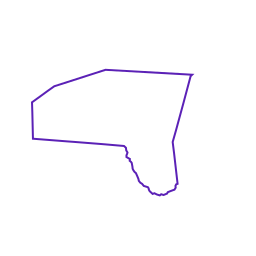 the district of Nova Colinas, Maranhão, Brazil, rotated 324°
{"feature_id": "56859067B45184802604131", "entity_name": "Nova Colinas", "entity_type": "district", "adm_level": 2, "iso_a3": "BRA", "parent_name": "Brazil", "parent_adm1": "Maranhão", "projection": "orthographic", "projection_center": [-46.287, -7.173], "detail": "fine", "context": "isolated", "style": "outline", "palette": "violet", "viewbox_px": 256, "rotation_deg": 324, "n_neighbors": 0, "source": "geoboundaries", "source_scale": "gbopen_adm2", "svg_char_len": 846}
<svg xmlns="http://www.w3.org/2000/svg" viewBox="0 0 256 256"><g transform="rotate(324 128 128)"><path d="M211.2,122.6L144.0,67.7L92.9,50.9L85.1,50.8L65.4,50.8L64.7,51.9L59.6,59.4L44.8,80.8L71.3,103.4L75.8,107.2L97.7,125.9L114.2,140.2L114.7,142.8L113.4,145.1L113.2,147.5L112.2,148.3L110.7,149.2L109.7,150.6L111.3,154.2L110.1,155.5L110.5,157.1L110.5,158.4L108.9,161.8L107.8,163.7L107.5,165.6L107.5,167.6L107.9,169.1L107.2,172.4L106.5,175.3L105.7,177.1L105.8,179.5L106.6,181.5L106.7,184.1L109.3,187.6L109.2,189.0L108.6,190.2L108.4,191.9L109.2,195.8L111.0,196.3L112.3,198.8L114.1,201.2L115.9,201.1L117.4,203.1L121.1,204.0L122.4,203.3L125.2,204.0L127.7,204.7L129.3,205.2L131.5,204.3L132.4,202.7L133.9,201.9L135.3,202.3L150.5,175.4L155.9,165.6L165.2,158.3L187.5,140.4L209.1,122.9L211.2,122.6Z" fill="none" stroke="#5b21b6" stroke-width="2"/></g></svg>